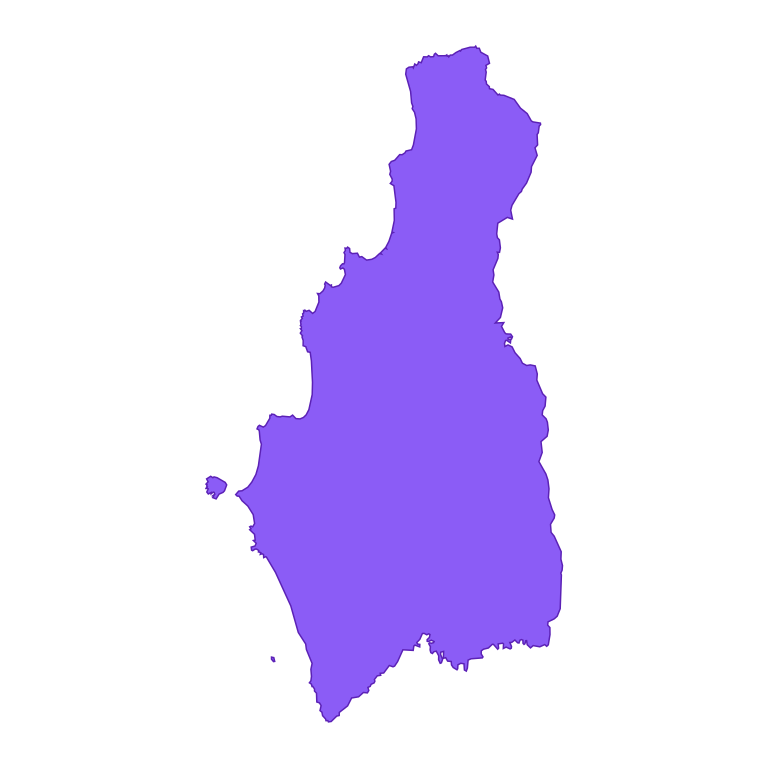 Puerto Lopez, Manabi, Ecuador
{"feature_id": "8360857B39062181944850", "entity_name": "Puerto Lopez", "entity_type": "district", "adm_level": 2, "iso_a3": "ECU", "parent_name": "Ecuador", "parent_adm1": "Manabi", "projection": "natural_earth1", "projection_center": [-80.786, -1.546], "detail": "fine", "context": "isolated", "style": "filled", "palette": "violet", "viewbox_px": 768, "rotation_deg": 0, "n_neighbors": 0, "source": "geoboundaries", "source_scale": "gbopen_adm2", "svg_char_len": 6080}
<svg xmlns="http://www.w3.org/2000/svg" viewBox="0 0 768 768"><path d="M405.7,74.2L410.6,91.5L411.6,102.9L412.9,106.4L412.2,108.7L414.5,112.2L416.1,118.9L416.4,128.9L413.4,144.9L411.6,149.7L406.0,151.0L404.9,152.9L402.1,154.7L399.7,154.6L394.7,160.3L391.3,161.5L389.1,164.3L390.6,171.3L389.8,174.4L392.2,179.1L392.1,181.2L390.3,183.5L393.9,185.7L396.0,202.4L395.8,208.1L394.1,208.8L394.3,220.5L391.9,232.2L393.2,232.5L391.6,233.4L388.9,241.4L385.8,247.3L386.5,248.7L385.1,248.1L380.5,252.9L381.4,254.0L379.6,253.5L375.3,257.5L371.8,259.3L366.6,260.1L361.8,256.6L359.4,257.1L357.4,253.2L352.3,253.6L350.0,252.3L349.6,248.5L347.6,247.1L346.7,248.3L345.0,248.1L345.4,250.4L344.0,252.6L345.0,254.5L344.5,262.6L343.9,263.9L342.5,263.8L340.5,265.9L339.8,267.8L340.5,269.0L342.9,268.0L344.4,269.3L345.4,274.6L341.3,283.2L338.9,285.6L333.1,287.3L331.4,286.8L331.4,285.0L330.3,285.4L325.6,282.0L324.6,284.1L325.2,285.1L324.7,287.9L323.0,290.9L319.9,293.7L317.5,293.5L318.8,295.9L318.9,302.1L315.1,311.5L312.6,313.4L309.1,310.3L306.3,311.3L305.0,310.2L304.8,310.9L303.6,310.6L303.7,312.9L302.6,313.8L303.1,316.0L301.4,317.0L302.3,318.4L300.5,320.5L301.1,321.1L300.5,321.6L301.0,324.5L300.4,325.6L301.4,326.5L301.3,328.7L300.5,328.8L301.9,330.7L300.3,333.1L302.5,335.9L302.0,337.0L303.2,340.5L303.1,345.7L305.8,346.7L307.6,351.8L310.2,352.3L311.4,360.9L312.5,382.3L312.2,394.6L308.9,409.6L306.2,414.8L303.4,417.5L300.0,418.9L295.9,418.6L292.6,415.1L290.0,416.9L282.3,416.2L280.1,416.9L276.9,416.5L274.2,414.5L271.7,414.1L271.2,415.3L269.9,415.3L269.8,418.3L265.5,425.6L263.3,427.1L259.4,425.3L258.0,426.5L257.0,428.9L258.8,429.8L259.3,431.1L260.1,440.0L261.4,444.2L258.4,465.8L255.9,474.5L251.8,482.1L247.8,487.2L242.0,490.8L238.7,491.1L235.7,494.6L237.2,496.1L239.1,496.2L242.0,500.7L247.8,506.0L253.2,514.6L254.6,523.5L252.7,526.8L251.0,526.1L249.7,526.8L251.0,528.8L249.7,529.7L254.5,534.3L255.2,540.1L253.4,540.5L256.2,543.3L255.0,546.0L251.2,547.1L251.6,550.2L252.7,550.7L255.1,549.1L256.7,549.1L258.8,550.6L258.4,551.9L260.8,552.6L260.3,554.4L262.1,553.8L263.5,554.5L263.7,557.6L265.7,556.7L266.5,557.2L275.5,572.4L290.8,605.9L298.3,632.5L305.7,644.0L306.4,649.5L312.1,663.4L310.9,669.3L311.5,676.4L310.9,680.8L309.4,682.8L311.4,684.1L312.0,686.5L312.7,686.4L314.5,688.9L314.5,691.0L316.5,693.2L316.8,702.0L319.5,702.9L321.1,705.6L320.0,710.6L321.9,712.2L322.6,715.7L325.6,719.0L326.0,720.7L327.8,720.6L328.4,721.9L331.2,721.5L336.7,716.1L339.2,715.5L339.3,712.4L347.6,705.9L351.6,698.0L358.6,696.8L363.4,692.5L367.4,692.9L368.8,690.5L367.9,687.4L370.2,686.4L371.1,684.3L374.1,682.9L374.9,681.2L374.4,679.5L377.3,675.8L380.7,675.3L380.2,673.3L383.7,673.0L389.3,665.5L393.0,666.8L394.6,666.1L397.6,661.6L402.9,649.8L413.2,650.4L413.8,646.1L414.9,645.1L419.7,646.9L419.8,644.4L417.5,644.0L416.8,642.5L419.8,639.4L422.4,633.5L424.2,633.4L426.8,634.8L428.7,633.8L430.0,634.5L429.4,637.4L427.1,639.7L427.2,641.3L428.4,641.6L431.3,640.2L434.1,641.5L433.6,642.6L431.4,643.3L429.7,642.8L428.8,643.8L430.4,646.7L430.1,649.9L430.8,652.6L432.4,653.5L433.9,651.7L436.3,651.2L438.7,655.8L438.6,659.8L440.2,663.3L441.4,662.8L442.6,659.3L440.6,654.5L440.7,652.2L443.6,651.4L443.4,658.3L445.7,657.7L447.6,661.1L451.2,661.5L451.5,664.9L453.2,667.5L457.0,669.8L457.7,668.7L457.9,664.8L460.8,663.3L464.0,663.8L464.4,670.0L466.3,671.1L467.4,668.1L468.1,660.1L471.0,658.8L482.3,657.9L483.0,656.9L481.2,653.9L481.3,650.8L483.5,649.2L488.4,648.0L492.3,644.3L493.5,644.4L497.7,649.2L498.6,648.2L498.2,643.9L502.7,643.2L503.5,643.9L503.3,648.5L506.1,647.1L510.1,648.9L511.3,648.2L511.5,646.4L509.8,642.5L511.7,642.4L514.9,640.0L517.6,642.8L519.0,643.0L520.0,640.2L521.4,639.6L522.9,640.2L523.0,643.3L524.0,644.4L524.9,643.8L525.8,640.7L526.6,640.6L527.2,644.7L530.5,647.9L533.2,645.6L539.8,646.8L544.7,644.6L546.7,646.3L548.3,644.8L550.0,634.6L549.9,627.6L547.7,625.1L548.0,621.9L554.3,618.8L557.2,616.2L560.2,608.7L561.4,575.0L560.8,573.2L562.1,570.2L562.5,565.6L560.9,559.2L561.2,551.7L554.2,536.2L551.1,532.4L550.5,524.3L554.2,518.1L554.7,514.9L552.1,509.5L548.4,497.7L549.0,488.8L547.9,480.0L545.9,474.0L538.9,461.6L542.2,452.5L541.0,441.6L547.1,436.3L548.3,430.0L547.4,422.2L546.1,418.8L542.2,414.9L542.7,410.6L545.1,406.1L545.9,397.1L542.6,393.7L536.8,380.1L537.3,374.0L535.2,365.9L530.3,364.9L526.7,365.5L522.4,363.2L520.2,358.6L515.0,352.7L512.1,346.9L508.0,344.9L504.9,346.5L504.5,343.4L505.6,340.5L506.6,340.3L510.4,342.9L510.8,339.5L508.2,339.5L507.9,338.1L510.4,337.0L511.7,338.6L512.5,336.7L510.7,334.1L506.1,333.9L504.7,332.6L501.5,326.4L503.8,322.6L495.3,323.0L500.4,317.5L502.7,307.8L501.4,301.8L499.9,299.0L498.8,292.1L492.7,282.0L493.9,275.0L493.1,269.8L497.9,258.4L498.3,254.5L497.3,252.2L499.5,252.4L500.4,247.9L499.4,239.9L497.4,237.7L496.7,233.8L497.8,223.2L507.3,217.4L512.5,219.1L510.7,210.2L512.0,205.3L518.9,193.7L521.4,191.5L522.2,189.1L526.5,183.1L531.1,172.2L531.5,166.6L537.2,155.4L535.0,147.8L537.6,144.9L537.1,134.5L538.3,132.8L539.2,126.0L540.6,124.6L540.4,123.1L533.0,121.9L531.3,120.9L527.2,113.6L520.5,108.2L514.2,99.4L503.9,95.3L500.3,95.1L499.4,94.1L498.0,95.0L493.0,89.4L489.5,88.7L489.3,86.6L486.5,84.0L486.2,81.3L485.2,80.0L486.2,72.1L485.5,69.5L486.6,67.9L485.9,65.4L489.5,63.3L487.7,56.0L480.8,52.2L479.3,48.3L476.8,48.3L475.7,46.1L474.7,47.2L470.2,47.2L461.7,49.5L460.5,51.0L460.0,50.5L456.0,52.5L452.4,55.1L450.2,55.1L448.8,56.9L448.2,55.8L447.2,56.2L446.8,54.9L445.6,55.7L438.2,55.8L435.5,53.3L434.3,54.3L433.6,56.6L430.6,56.9L428.6,55.7L427.2,56.9L423.6,56.8L421.2,62.7L418.6,61.9L418.0,63.8L416.4,65.3L414.8,64.0L413.3,67.9L412.7,66.8L408.9,67.2L406.4,68.9L405.7,74.2ZM212.9,477.7L210.7,476.3L206.6,478.9L208.1,481.8L206.0,484.1L207.1,484.8L206.7,486.0L207.3,486.7L205.5,488.9L207.2,488.0L208.2,488.9L206.8,492.0L208.3,494.0L211.1,492.5L211.1,493.9L213.2,492.1L214.2,492.4L214.8,494.2L212.7,495.8L213.7,496.0L212.7,497.6L216.1,498.9L219.1,494.1L223.0,492.4L224.5,490.8L226.7,484.9L225.2,482.4L217.1,477.7L214.0,476.9L212.9,477.7ZM274.7,661.4L273.8,657.6L271.5,657.1L271.5,659.2L273.5,661.6L274.7,661.4Z" fill="#8b5cf6" stroke="#5b21b6" stroke-width="1.5"/></svg>